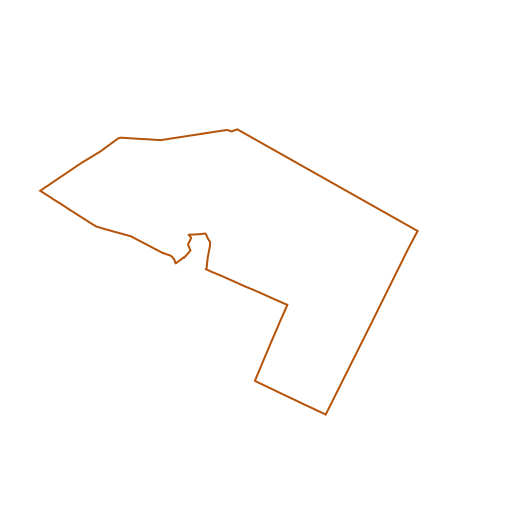 outline of Abu Kamal, Dayr Az Zawr, Syria, rotated 239°
{"feature_id": "27442178B22276011833046", "entity_name": "Abu Kamal", "entity_type": "district", "adm_level": 2, "iso_a3": "SYR", "parent_name": "Syria", "parent_adm1": "Dayr Az Zawr", "projection": "albers", "projection_center": [40.768, 34.588], "detail": "fine", "context": "isolated", "style": "outline", "palette": "amber", "viewbox_px": 512, "rotation_deg": 239, "n_neighbors": 0, "source": "geoboundaries", "source_scale": "gbopen_adm2", "svg_char_len": 1893}
<svg xmlns="http://www.w3.org/2000/svg" viewBox="0 0 512 512"><g transform="rotate(239 256 256)"><path d="M194.2,407.4L370.7,307.2L371.8,306.6L374.2,305.2L375.3,299.5L375.4,299.3L375.6,299.0L375.8,298.6L376.5,298.2L377.7,297.4L378.1,297.0L379.1,295.8L382.5,287.5L382.9,286.6L383.4,285.4L397.3,251.4L399.4,246.2L400.4,244.0L400.5,243.5L404.4,234.0L410.8,224.7L414.2,219.8L414.5,219.2L427.1,201.0L427.4,199.9L427.8,198.7L427.3,192.8L426.7,186.6L426.3,182.1L425.8,176.8L425.7,165.4L425.7,158.1L425.7,154.2L425.5,151.2L425.5,149.9L424.7,136.1L423.9,119.8L423.5,113.3L423.5,112.5L423.4,110.3L423.3,109.9L423.3,108.7L423.0,104.6L416.1,108.1L407.2,112.4L402.7,114.8L402.4,115.0L402.0,115.1L401.5,115.4L401.4,115.5L398.4,116.9L392.2,119.8L370.4,130.7L363.6,134.2L362.7,135.1L358.5,138.8L346.4,150.3L337.5,158.8L309.6,175.8L306.7,177.5L306.8,177.7L305.8,178.4L305.8,178.5L302.6,181.0L300.6,182.8L300.4,182.9L299.8,183.2L299.2,183.4L298.2,183.6L297.3,183.8L294.8,184.1L293.7,183.8L293.0,183.6L292.7,183.6L291.5,183.3L291.0,183.5L292.0,193.3L291.6,193.4L292.4,196.3L293.5,199.8L293.8,200.7L294.5,202.4L294.6,202.7L296.0,202.9L297.4,203.1L299.6,203.4L300.9,203.6L301.7,204.9L302.2,205.5L303.4,207.7L304.9,209.7L306.7,209.6L307.0,209.5L308.1,209.3L308.6,209.2L308.6,209.5L308.7,210.0L308.4,210.4L307.8,211.3L307.2,212.3L304.9,216.7L303.1,220.2L301.5,224.0L301.3,224.1L300.9,224.3L299.4,224.2L297.6,224.0L295.8,223.7L293.4,223.8L292.7,223.8L291.1,223.6L287.6,221.1L282.2,216.2L279.4,213.7L271.3,207.6L270.5,206.3L269.6,207.0L266.1,209.2L256.7,216.2L235.0,231.3L228.8,236.0L228.4,236.3L227.8,236.7L216.7,244.5L211.8,247.9L200.7,255.7L198.1,257.7L197.0,256.4L187.7,243.1L184.2,238.4L177.3,228.7L171.2,220.3L162.9,208.9L152.6,194.9L150.3,191.8L149.5,190.8L147.4,192.1L146.8,192.5L126.3,206.0L103.3,221.3L84.2,234.1L137.6,318.1L183.3,389.4L194.2,407.4Z" fill="none" stroke="#b45309" stroke-width="2"/></g></svg>